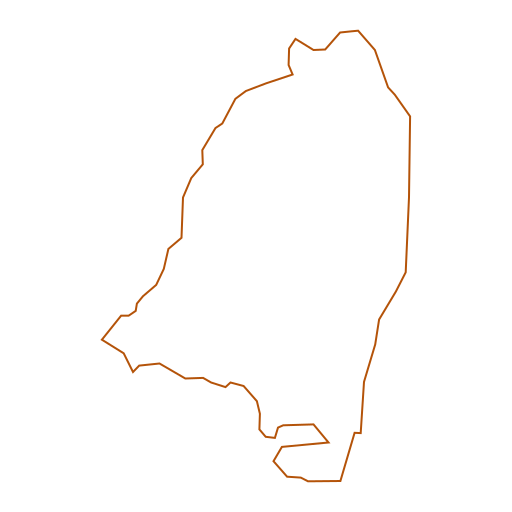 Abalak, Tahoua, Niger (Mercator projection)
{"feature_id": "23599985B73397103622086", "entity_name": "Abalak", "entity_type": "district", "adm_level": 2, "iso_a3": "NER", "parent_name": "Niger", "parent_adm1": "Tahoua", "projection": "mercator", "projection_center": [6.168, 15.504], "detail": "fine", "context": "isolated", "style": "outline", "palette": "amber", "viewbox_px": 512, "rotation_deg": 0, "n_neighbors": 0, "source": "geoboundaries", "source_scale": "gbopen_adm2", "svg_char_len": 904}
<svg xmlns="http://www.w3.org/2000/svg" viewBox="0 0 512 512"><path d="M133.0,372.0L139.2,365.6L159.5,363.5L185.3,378.5L203.1,377.9L211.1,382.5L225.5,387.1L230.5,382.5L243.6,386.0L256.9,401.2L259.9,413.8L259.4,429.4L265.7,436.8L274.9,437.9L278.0,427.6L283.2,425.3L313.5,424.4L328.5,442.5L281.9,446.9L273.5,461.2L287.1,476.7L300.8,477.6L308.0,481.3L340.4,481.0L354.6,432.8L360.7,433.1L364.0,381.9L375.2,344.5L379.1,319.5L395.9,291.5L405.7,272.3L409.0,197.4L410.1,116.4L394.8,94.7L388.1,87.4L374.9,50.0L358.1,30.7L351.7,31.3L340.1,32.5L325.2,49.5L313.5,50.0L295.5,38.9L289.1,48.5L288.6,65.0L292.6,74.5L266.2,83.3L245.9,91.0L235.4,98.8L222.3,123.5L215.5,128.0L202.3,150.1L202.8,164.3L191.3,178.0L183.0,197.5L181.5,237.8L168.4,248.9L163.8,268.9L156.2,284.9L143.0,296.2L136.9,303.6L135.7,310.9L128.6,315.7L121.1,315.7L101.9,339.7L123.7,353.3L133.0,372.0Z" fill="none" stroke="#b45309" stroke-width="2"/></svg>